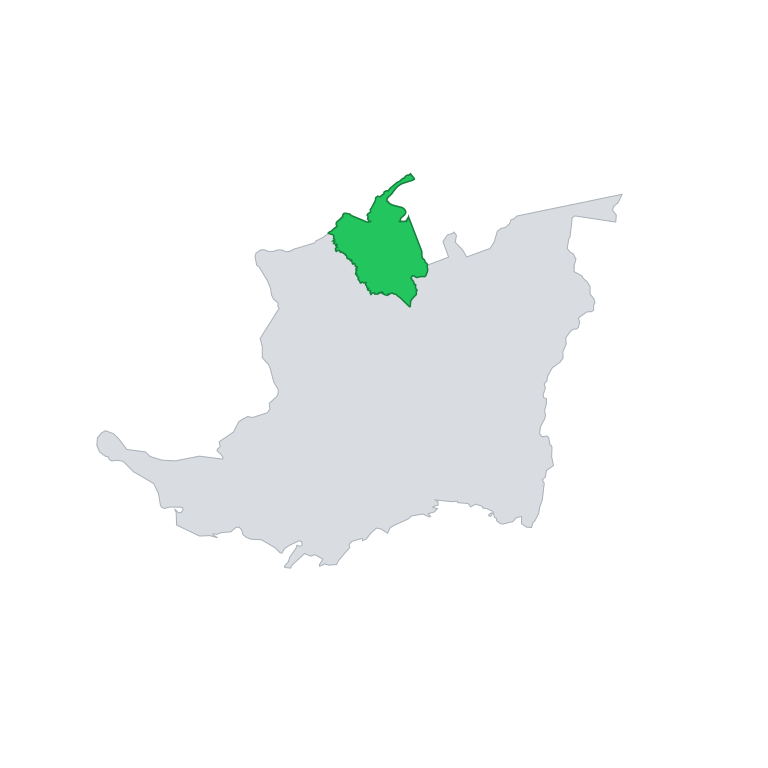 Guainía on a map of Colombia (Robinson projection), rotated 249°
{"feature_id": "COL-1424", "entity_name": "Guainía", "entity_type": "Commissiary", "adm_level": 1, "iso_a3": "COL", "parent_name": "Colombia", "parent_adm1": "", "projection": "robinson", "projection_center": [-68.772, 2.606], "detail": "fine", "context": "in_parent", "style": "filled", "palette": "green", "viewbox_px": 768, "rotation_deg": 249, "n_neighbors": 0, "source": "natural_earth", "source_scale": "10m", "svg_char_len": 9722}
<svg xmlns="http://www.w3.org/2000/svg" viewBox="0 0 768 768"><g transform="rotate(249 384 384)"><path d="M434.6,113.6L428.0,116.7L415.1,120.4L406.2,136.8L400.1,139.7L392.6,149.3L387.1,161.4L382.8,185.8L371.7,206.5L372.6,207.4L377.0,206.5L381.2,204.2L382.7,204.9L384.2,208.6L389.2,209.5L393.1,226.3L400.8,234.8L401.6,238.1L402.5,245.1L399.8,249.3L399.0,264.7L401.4,268.5L407.1,270.0L410.9,279.6L413.2,281.8L416.7,283.3L425.1,281.8L440.2,283.4L443.7,283.1L452.2,279.8L462.9,283.9L470.8,284.6L492.4,313.4L494.5,312.6L497.2,314.3L502.7,311.3L507.4,310.9L513.6,312.3L521.7,312.3L538.1,309.3L540.5,307.7L549.4,309.3L552.1,311.5L553.4,316.9L552.3,320.2L549.2,323.6L547.5,327.9L547.2,333.1L545.6,337.0L542.7,339.5L541.6,343.2L542.2,348.0L540.6,369.8L541.9,371.6L542.9,380.5L546.6,392.1L548.4,395.5L551.6,398.2L557.4,407.8L556.1,411.0L541.3,426.0L540.5,429.4L543.4,428.1L547.9,429.4L549.5,433.0L560.5,443.5L560.3,447.5L563.5,455.3L562.9,457.1L570.5,479.4L570.8,484.1L564.4,485.4L564.2,470.5L563.3,467.4L556.1,454.1L554.6,453.0L549.9,454.5L541.9,464.4L538.2,465.8L535.2,464.5L532.2,458.6L530.3,457.5L528.3,462.5L530.8,466.8L495.6,466.8L488.8,465.0L479.4,467.2L479.3,489.8L495.9,490.1L500.4,496.6L500.0,501.9L500.8,503.8L496.8,504.9L490.9,501.3L480.6,505.6L473.0,506.6L472.5,531.6L477.1,537.8L486.0,544.5L487.3,549.0L486.6,553.3L488.7,558.7L491.7,561.5L491.7,564.7L493.2,568.3L475.8,674.2L469.6,667.8L467.4,661.9L464.3,659.6L458.5,661.4L452.1,658.4L472.5,622.5L471.8,619.3L454.8,610.5L453.0,608.3L444.9,603.6L440.5,604.9L437.9,607.3L431.8,608.0L426.8,604.2L420.8,601.7L413.7,607.8L411.6,607.7L406.5,610.3L401.1,611.3L394.0,608.6L388.3,610.5L384.3,610.1L382.8,608.2L377.7,606.1L377.2,603.6L378.6,599.2L376.4,590.5L375.6,589.0L371.7,588.9L367.2,585.7L366.3,583.8L367.3,580.2L366.4,577.2L362.0,570.2L355.9,568.4L350.0,562.5L344.1,560.5L341.4,556.4L338.8,546.9L332.7,539.6L328.4,537.1L327.0,533.7L322.6,533.3L316.6,528.5L314.0,528.2L312.1,530.4L306.6,528.1L301.9,524.5L297.0,523.6L293.8,521.5L288.0,514.7L281.8,511.4L278.2,512.6L277.0,517.6L274.9,518.5L267.7,517.2L266.5,518.3L264.6,518.1L255.9,514.4L247.2,513.0L245.0,504.6L239.5,501.5L237.8,497.5L233.9,498.0L219.1,490.3L212.9,485.0L207.7,482.0L202.3,476.0L201.4,473.6L197.2,470.2L199.3,465.7L204.4,462.3L211.0,465.0L211.8,459.7L209.4,455.1L210.6,444.7L212.3,442.3L216.0,440.2L218.2,441.0L219.7,439.3L225.1,440.1L226.7,439.3L230.9,435.2L232.7,431.8L234.5,432.1L239.0,426.5L238.2,420.9L242.4,419.6L246.8,410.3L248.6,410.1L249.6,405.7L257.3,390.4L254.5,392.2L251.5,391.1L252.0,386.0L251.1,385.4L248.6,389.3L246.5,385.3L247.1,378.8L243.6,380.0L243.8,378.5L248.8,373.5L250.9,362.3L249.3,358.2L248.3,341.3L247.4,338.1L243.4,333.9L249.8,329.1L252.2,325.4L249.3,317.9L245.5,311.6L245.4,307.8L247.7,308.2L248.6,297.7L246.5,293.7L243.8,293.6L235.4,278.2L232.4,275.0L234.7,267.5L237.3,264.2L236.8,258.6L238.5,258.9L242.1,264.0L243.6,263.2L249.4,258.4L249.6,253.8L254.2,249.1L247.8,233.2L245.6,230.8L248.2,225.7L249.7,225.9L252.3,230.9L256.3,234.2L262.2,243.0L264.7,245.0L262.9,246.9L262.5,249.0L263.4,250.2L266.7,250.5L268.1,248.0L267.2,237.3L265.8,231.9L262.7,228.1L263.7,226.5L269.8,223.9L282.5,213.7L286.9,204.0L290.2,200.5L294.0,198.3L298.5,198.8L302.1,197.6L303.2,194.5L300.9,187.9L303.6,178.7L303.5,174.1L305.3,171.3L304.7,170.2L300.1,173.5L304.9,167.0L308.2,157.2L326.7,139.8L338.7,144.0L342.5,143.7L337.5,145.9L336.7,148.4L338.4,151.0L340.3,151.8L341.8,150.1L345.9,140.0L346.5,134.4L348.2,132.5L350.8,131.8L362.5,134.2L373.6,133.3L391.7,118.8L405.4,112.7L408.8,106.7L409.7,102.2L412.2,100.5L414.8,100.5L416.3,98.0L422.6,94.2L429.3,93.8L436.4,97.1L439.7,103.1L440.2,107.2L434.6,113.6ZM225.3,438.2L224.5,439.0L222.9,437.6L222.3,435.9L223.3,434.6L224.6,435.0L225.3,438.2Z" fill="#d9dde1" stroke="#a8b0b8" stroke-width="1"/><path d="M565.0,485.9L564.3,485.8L564.1,484.9L564.0,483.1L564.7,473.1L564.4,470.8L563.4,467.2L562.2,464.5L558.8,459.4L558.1,457.9L557.1,455.2L556.5,453.9L555.7,453.1L555.2,452.8L553.9,452.3L553.4,452.2L553.2,452.4L552.6,453.0L552.3,453.2L551.3,453.3L550.7,453.7L549.9,454.5L548.7,455.2L546.4,458.0L542.7,463.6L541.7,464.6L540.5,465.4L539.5,465.8L538.4,466.1L537.3,466.1L536.3,465.8L535.2,464.8L534.4,463.5L533.8,461.9L533.1,459.7L532.8,459.1L532.3,458.6L531.6,458.3L531.0,458.1L530.8,458.0L530.5,457.7L530.5,456.8L530.3,456.6L530.0,456.8L528.2,462.0L527.6,463.0L527.8,463.2L528.6,463.3L528.9,463.7L528.8,464.4L528.9,465.1L530.0,465.1L530.3,465.3L530.4,465.6L530.3,466.0L530.4,466.3L530.7,466.5L531.2,466.8L494.6,466.8L493.4,466.6L491.0,465.5L488.8,465.0L487.6,465.1L485.5,466.2L484.2,466.3L483.6,466.2L483.0,466.2L482.5,466.3L481.2,467.1L480.6,467.3L479.6,467.3L478.5,466.6L477.1,466.1L475.7,466.0L474.7,465.6L473.2,464.7L469.9,461.6L469.7,461.1L469.7,460.5L471.1,456.8L471.4,455.0L471.6,452.8L472.5,451.9L473.7,451.1L473.9,450.7L474.7,450.2L474.9,449.6L474.9,449.4L474.1,448.4L473.6,447.4L473.1,447.1L472.8,447.1L472.4,447.4L472.0,447.5L471.0,447.5L470.7,447.6L470.5,447.9L470.3,448.0L470.1,448.0L469.8,448.0L468.9,448.3L468.2,448.3L467.8,448.2L467.6,448.0L467.4,447.8L467.0,447.9L466.5,448.1L466.0,448.1L465.8,448.2L465.7,448.4L465.8,448.7L465.7,449.0L465.4,449.2L465.0,449.0L464.2,448.5L463.9,448.5L462.2,447.9L461.8,447.9L460.9,448.2L460.7,448.3L459.6,448.5L459.5,447.8L459.3,447.5L459.0,447.3L458.8,447.3L456.6,446.6L456.0,446.1L455.6,445.7L455.2,444.6L453.9,441.8L452.4,439.4L451.8,438.6L451.1,438.2L450.3,438.0L448.8,437.1L447.1,436.4L446.8,436.1L446.8,435.8L447.2,435.4L459.4,429.7L460.4,428.8L462.9,427.6L463.7,427.1L464.1,426.6L464.2,425.8L464.5,425.4L466.1,424.3L466.3,423.6L466.2,422.8L466.1,422.1L465.8,421.5L465.8,421.2L466.6,420.7L466.7,420.4L466.6,420.1L466.4,419.8L466.1,419.7L465.4,419.5L465.3,419.3L465.4,419.1L465.9,418.7L466.4,417.6L467.1,416.7L467.5,416.3L468.3,415.8L468.4,415.5L468.5,415.4L469.0,415.8L469.3,415.9L469.7,415.8L469.8,415.4L469.7,414.9L469.7,414.5L469.8,414.3L470.0,414.4L470.1,414.6L470.3,415.2L470.5,415.3L470.8,415.1L470.9,414.7L470.8,414.2L470.3,413.3L470.4,412.6L470.6,412.4L471.1,412.3L471.2,412.1L471.1,411.8L470.8,411.4L470.4,411.1L470.1,410.6L470.1,410.1L470.5,409.6L470.7,409.2L470.9,408.8L471.0,408.6L471.1,407.7L472.3,407.8L472.6,407.5L472.9,405.9L473.1,405.4L472.4,404.3L472.2,403.9L472.8,403.8L473.6,403.7L474.4,403.8L474.7,404.1L474.9,404.3L475.2,404.5L475.9,404.7L476.7,403.3L477.0,402.9L477.4,402.6L478.0,402.5L478.5,403.0L478.8,403.8L479.1,403.5L479.4,402.8L479.9,402.7L482.0,402.8L482.7,402.6L483.3,402.4L483.8,402.5L484.4,403.0L484.9,403.5L485.2,403.7L485.4,403.4L485.5,401.5L485.7,401.2L486.1,401.2L486.7,400.7L486.8,399.3L486.8,399.0L486.5,398.7L486.7,398.3L486.9,398.1L487.5,398.1L488.0,398.1L488.7,398.1L489.4,398.0L490.3,397.5L490.9,397.3L491.4,397.5L492.0,398.2L492.2,398.4L492.5,398.2L493.0,398.0L493.7,397.9L494.8,397.4L495.5,397.5L496.0,397.9L496.2,397.3L496.5,396.9L496.9,396.9L497.3,397.1L497.5,397.5L497.8,397.8L498.1,397.8L498.5,397.8L499.0,398.3L499.6,398.6L499.8,398.7L499.8,399.0L499.8,399.4L499.8,399.5L500.1,399.5L500.8,398.9L501.2,398.8L501.5,398.9L502.0,399.4L502.1,400.4L502.3,400.5L502.4,400.8L502.7,401.0L503.2,400.9L503.4,400.6L503.9,399.8L504.2,399.4L504.6,399.6L506.6,399.9L507.0,399.6L507.0,398.3L507.2,397.7L507.4,397.6L507.6,397.6L508.0,397.7L508.0,397.8L508.1,398.1L508.3,398.3L508.7,398.2L509.8,397.6L510.1,397.5L510.4,397.7L510.8,398.2L511.5,398.2L511.4,397.6L511.3,396.9L511.7,396.6L513.0,396.8L513.3,396.6L513.4,396.2L513.5,395.3L514.4,395.1L515.0,394.5L515.4,394.6L515.9,394.9L516.4,395.0L517.4,394.9L517.8,394.7L518.1,394.3L518.4,394.1L518.8,394.1L519.1,394.4L519.4,394.5L519.6,394.4L519.8,393.8L520.2,393.3L520.7,392.8L521.7,392.6L521.8,392.2L522.1,391.9L522.5,391.8L522.4,391.3L522.3,390.9L522.5,390.5L523.2,390.3L524.5,390.3L524.8,390.1L524.9,389.5L525.1,389.0L525.4,388.5L525.3,388.1L524.9,387.6L524.8,387.0L525.3,386.7L526.0,386.8L527.3,387.0L528.0,387.3L528.2,388.1L528.2,388.9L528.4,389.4L529.7,388.7L530.4,388.4L530.8,388.8L530.7,389.1L530.5,389.5L530.4,389.8L530.6,390.1L531.0,390.2L531.4,389.9L532.1,389.0L532.3,388.6L532.7,387.8L533.0,387.4L533.4,387.2L533.7,387.6L534.1,388.4L534.7,389.0L535.1,388.7L535.8,387.5L535.9,388.0L536.0,389.2L536.2,389.6L536.6,389.7L537.0,389.5L537.7,388.9L538.8,389.6L540.0,390.1L541.2,390.1L542.4,389.0L543.9,386.7L544.3,386.3L544.9,386.0L545.1,386.2L545.4,387.0L545.5,389.2L545.6,389.9L546.8,392.3L547.1,393.2L547.3,394.9L547.5,395.7L548.1,396.5L548.7,396.8L549.2,396.8L549.8,396.7L550.4,396.6L551.6,397.2L552.5,398.6L554.5,404.7L555.0,405.4L555.4,405.7L556.6,406.2L557.6,407.4L557.4,408.9L556.6,410.3L554.8,413.0L554.4,413.3L554.1,413.4L553.4,413.6L553.0,413.8L541.2,426.2L540.7,427.2L540.6,429.6L541.1,429.2L541.3,428.7L541.6,428.3L542.3,428.1L542.9,428.1L543.3,428.1L543.9,427.7L544.1,427.9L544.5,428.3L545.7,429.0L546.5,429.2L547.1,428.9L547.7,428.7L548.2,429.3L548.7,430.0L548.9,430.7L549.1,432.2L549.3,433.0L549.6,433.3L551.0,433.4L551.6,433.6L552.0,434.0L552.2,434.3L552.4,435.0L552.5,435.2L552.8,435.5L553.4,435.8L553.7,436.3L554.1,437.0L554.3,437.2L554.6,437.3L554.9,437.6L555.2,438.3L555.5,438.6L556.2,439.0L556.5,439.3L557.0,440.5L557.6,440.8L557.9,441.1L558.5,441.8L558.8,442.0L559.8,442.4L560.9,443.1L561.1,443.3L561.2,443.7L561.2,444.3L561.4,444.7L561.6,445.4L561.2,446.1L560.6,446.7L560.3,447.2L560.3,447.8L560.8,449.1L561.0,450.2L561.5,451.7L561.8,452.2L562.2,452.5L562.8,452.6L563.2,452.9L563.4,453.5L563.5,455.4L563.4,456.0L562.8,457.0L562.9,457.4L563.3,458.0L563.6,458.5L564.1,458.9L564.3,459.2L564.4,459.6L564.9,460.8L567.6,468.7L567.6,469.5L567.6,471.0L567.8,471.7L568.1,472.5L568.7,473.7L569.0,474.4L569.1,475.2L568.9,476.6L569.0,477.1L570.0,478.2L570.3,478.9L570.6,479.7L570.6,480.5L570.0,481.8L570.2,482.7L570.8,484.1L569.6,484.4L565.0,485.9Z" fill="#22c55e" stroke="#15803d" stroke-width="1.5"/></g></svg>